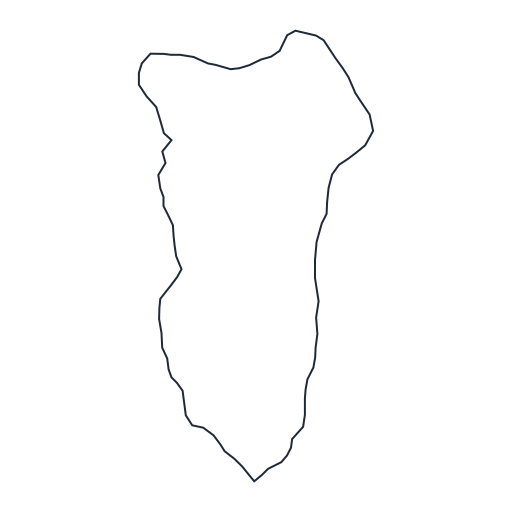 Brejo Alegre, São Paulo, Brazil
{"feature_id": "56859067B74582559748753", "entity_name": "Brejo Alegre", "entity_type": "district", "adm_level": 2, "iso_a3": "BRA", "parent_name": "Brazil", "parent_adm1": "São Paulo", "projection": "equal_earth", "projection_center": [-50.213, -21.184], "detail": "fine", "context": "isolated", "style": "outline", "palette": "slate", "viewbox_px": 512, "rotation_deg": 0, "n_neighbors": 0, "source": "geoboundaries", "source_scale": "gbopen_adm2", "svg_char_len": 1254}
<svg xmlns="http://www.w3.org/2000/svg" viewBox="0 0 512 512"><path d="M162.2,347.7L167.2,358.4L168.6,369.4L171.5,377.4L176.9,382.8L182.6,390.8L185.8,415.3L192.2,425.3L203.3,427.7L213.6,435.4L220.4,444.5L224.7,451.3L234.3,458.7L242.1,466.4L254.2,481.3L261.7,475.1L268.1,468.8L281.4,462.1L287.0,455.5L291.0,447.7L292.1,439.1L303.1,426.8L304.9,414.9L304.9,398.5L305.6,389.5L307.4,379.4L313.4,367.5L315.2,357.2L315.6,347.7L317.4,333.9L316.1,317.7L318.6,301.3L315.0,278.0L315.0,260.0L316.6,241.9L321.8,223.3L326.6,213.8L327.1,202.2L328.6,187.8L332.1,174.4L338.9,164.9L348.5,158.5L357.0,152.0L365.2,145.3L373.1,130.9L369.6,114.5L360.3,100.7L355.3,93.0L348.5,77.2L342.4,67.7L335.7,58.5L323.6,40.2L316.1,35.6L295.4,30.7L287.2,35.2L279.6,50.9L271.0,56.7L261.1,59.5L249.2,65.2L239.3,68.2L230.7,69.2L215.7,64.9L207.9,63.4L193.6,57.0L180.1,54.8L171.0,54.8L163.9,53.9L150.5,53.7L141.8,63.4L138.9,72.9L138.9,84.8L146.6,96.4L156.2,107.0L160.1,119.9L163.9,133.2L171.5,140.1L162.3,151.5L165.5,163.0L158.3,175.0L160.3,188.4L163.5,197.0L163.5,206.1L167.6,214.1L172.9,225.2L173.6,236.2L174.7,246.2L176.2,256.3L181.5,269.2L177.2,277.0L171.2,285.0L165.8,291.8L160.3,298.8L159.4,308.0L159.1,319.0L161.5,333.0L162.2,347.7Z" fill="none" stroke="#1e293b" stroke-width="2"/></svg>